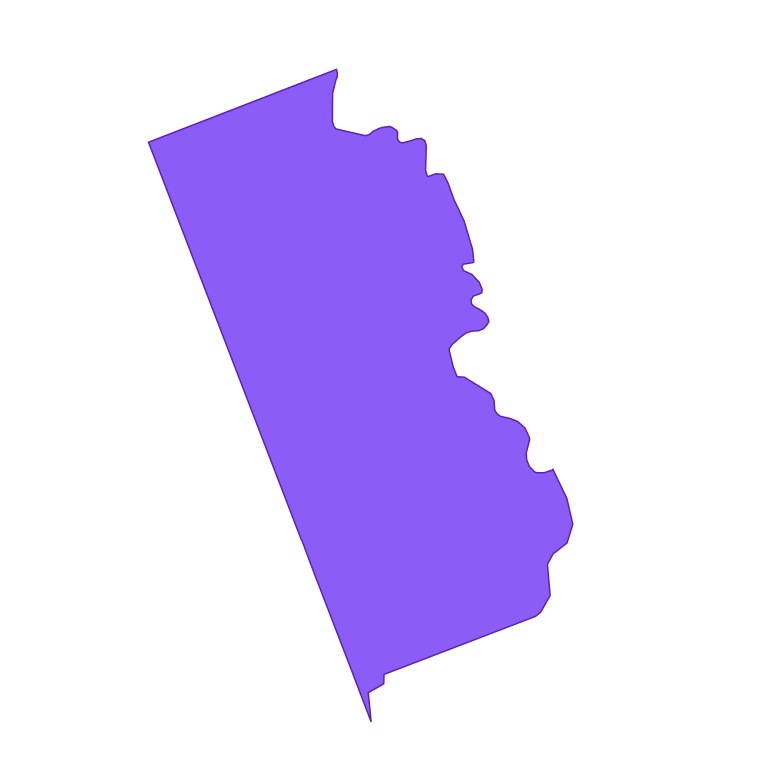 the district of Choctaw, Oklahoma, United States of America, rotated 249°
{"feature_id": "52423323B93718948099955", "entity_name": "Choctaw", "entity_type": "district", "adm_level": 2, "iso_a3": "USA", "parent_name": "United States of America", "parent_adm1": "Oklahoma", "projection": "natural_earth1", "projection_center": [-95.519, 34.012], "detail": "fine", "context": "isolated", "style": "filled", "palette": "violet", "viewbox_px": 768, "rotation_deg": 249, "n_neighbors": 0, "source": "geoboundaries", "source_scale": "gbopen_adm2", "svg_char_len": 1442}
<svg xmlns="http://www.w3.org/2000/svg" viewBox="0 0 768 768"><g transform="rotate(249 384 384)"><path d="M231.0,251.0L127.1,251.1L73.2,250.9L101.5,258.7L104.2,276.3L112.9,280.0L112.8,442.2L114.8,448.4L127.0,463.3L157.0,471.9L164.8,480.9L170.0,497.9L185.4,510.0L211.6,513.7L243.8,511.1L243.3,509.8L243.8,501.5L246.4,494.9L247.9,493.1L254.6,490.2L262.0,490.0L268.7,492.1L279.8,500.0L281.8,500.5L292.1,499.9L301.2,495.3L307.0,488.8L312.2,481.0L315.7,478.9L319.8,478.0L329.1,480.8L336.8,480.3L361.6,461.4L364.6,454.9L374.8,454.7L391.5,456.8L393.3,457.4L394.5,458.7L396.4,461.5L400.7,473.0L402.2,479.0L401.9,485.1L399.8,491.4L400.0,496.9L402.8,502.1L405.1,504.4L409.1,504.7L414.0,503.6L419.9,499.6L423.7,496.1L427.3,494.4L431.2,495.4L434.1,498.9L433.9,505.9L434.2,508.0L437.0,509.5L444.7,509.4L454.7,505.3L461.1,499.1L464.8,498.5L466.3,499.2L467.4,501.3L465.4,510.7L466.0,511.7L477.9,514.9L507.4,517.2L531.6,515.4L548.7,515.8L558.5,514.8L561.7,507.6L561.9,499.3L562.7,498.9L568.6,499.4L580.6,504.4L591.5,508.9L596.6,509.3L599.9,506.7L601.3,502.0L601.4,497.7L602.2,489.3L602.7,487.1L604.1,485.5L606.0,484.7L608.0,484.4L614.5,487.0L616.6,486.3L620.5,483.6L622.5,481.3L624.1,474.3L624.3,470.7L623.8,464.2L622.6,461.4L622.1,459.1L622.6,455.5L639.3,430.6L642.3,429.5L647.6,429.9L673.8,440.2L685.3,448.2L686.8,449.9L690.9,451.9L694.8,452.4L694.1,250.8L267.9,251.0L267.7,251.3L231.0,251.0Z" fill="#8b5cf6" stroke="#5b21b6" stroke-width="1.5"/></g></svg>